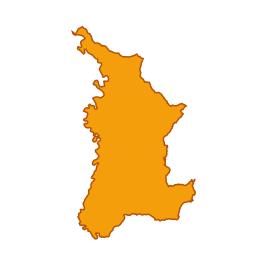 Paicol, Huila, Colombia (Albers equal-area conic projection), rotated 263°
{"feature_id": "7082276B2042357516453", "entity_name": "Paicol", "entity_type": "district", "adm_level": 2, "iso_a3": "COL", "parent_name": "Colombia", "parent_adm1": "Huila", "projection": "albers", "projection_center": [-75.733, 2.405], "detail": "fine", "context": "isolated", "style": "filled", "palette": "amber", "viewbox_px": 256, "rotation_deg": 263, "n_neighbors": 0, "source": "geoboundaries", "source_scale": "gbopen_adm2", "svg_char_len": 5741}
<svg xmlns="http://www.w3.org/2000/svg" viewBox="0 0 256 256"><g transform="rotate(263 128 128)"><path d="M156.6,165.5L157.6,165.1L159.6,162.8L159.6,160.5L159.9,159.3L161.2,158.5L162.3,158.2L162.7,157.2L163.9,156.6L166.9,155.5L168.4,155.4L170.7,154.7L171.8,150.1L174.8,148.9L175.4,148.0L177.5,146.5L178.0,146.3L181.6,147.5L183.0,146.9L185.1,147.0L189.5,148.9L191.0,149.1L192.4,150.2L195.1,151.5L195.8,149.5L197.5,148.5L197.8,147.0L200.2,145.8L200.2,144.9L199.4,143.7L198.3,138.6L199.3,131.7L201.0,129.2L203.5,127.8L203.3,127.4L203.8,124.7L205.5,121.5L206.1,121.1L206.6,119.1L211.3,116.1L212.3,115.0L212.9,112.8L212.4,112.3L215.0,110.2L215.9,108.8L216.4,105.4L219.6,103.1L220.8,103.2L223.8,102.6L226.3,101.4L226.7,100.3L227.6,99.4L230.5,98.9L231.8,97.6L232.2,96.5L233.0,95.6L234.1,95.2L232.4,90.7L230.0,89.3L228.2,87.7L228.0,87.1L228.2,86.5L230.2,84.6L228.3,84.9L227.1,86.0L226.7,86.8L226.7,90.0L225.1,94.1L222.9,96.0L222.3,96.1L221.4,95.6L220.6,93.4L219.3,91.6L216.1,91.5L215.1,91.9L214.2,91.8L213.8,91.2L213.6,90.0L214.7,88.8L214.7,88.2L213.7,87.7L212.4,87.8L210.3,90.4L207.0,92.8L207.0,93.2L207.8,94.3L210.8,94.2L211.4,94.5L211.3,95.5L210.9,95.9L207.5,97.7L204.6,101.7L200.9,104.2L200.0,106.3L197.2,105.9L196.6,106.4L196.1,107.6L195.7,109.4L195.2,109.6L193.9,109.5L190.8,107.2L189.7,106.7L183.2,109.2L182.0,109.0L181.7,109.1L181.4,110.3L182.5,112.2L182.6,113.2L181.8,114.1L179.3,114.8L177.3,114.1L177.0,113.5L177.0,111.9L177.5,110.0L177.3,109.7L172.5,109.9L172.1,107.2L172.2,105.5L172.6,105.0L175.0,104.2L177.8,103.9L179.1,103.1L179.0,101.4L178.1,100.2L176.3,99.4L176.2,99.0L175.4,99.1L174.3,101.3L171.8,102.3L167.8,107.0L165.6,108.2L164.0,108.3L163.2,108.0L162.4,107.2L161.2,104.5L162.5,101.7L162.6,99.0L162.3,97.7L161.7,96.7L156.6,99.0L153.5,99.1L151.7,99.8L151.0,99.7L150.6,98.2L151.2,97.2L153.7,97.2L154.6,96.1L154.5,94.5L156.2,93.0L155.9,92.3L155.1,91.5L153.4,92.2L152.6,91.9L152.5,91.3L153.1,89.7L153.0,88.6L152.2,87.4L150.1,86.0L148.3,89.4L147.2,89.8L143.6,88.5L142.9,87.4L142.3,85.6L141.6,85.0L140.6,85.5L139.7,88.4L139.0,88.8L138.2,88.7L137.3,87.8L137.8,86.6L137.6,85.2L136.7,84.8L135.7,85.1L133.7,86.3L133.0,88.0L133.0,90.2L132.2,91.1L130.8,91.0L129.7,90.3L128.8,91.0L127.8,93.3L126.9,93.4L125.7,92.9L124.7,93.1L124.6,93.9L126.5,95.5L126.6,95.9L123.9,98.2L123.4,98.0L123.1,96.9L123.7,95.1L123.6,93.9L120.3,91.4L119.4,91.5L118.3,92.6L118.4,94.1L119.4,95.4L121.5,95.8L121.8,97.5L121.2,99.1L119.9,99.4L119.1,98.9L118.2,97.0L116.5,95.8L114.0,97.1L112.3,97.0L111.0,95.6L110.0,93.0L108.3,93.0L104.8,95.3L103.5,95.6L101.8,94.5L100.9,93.4L100.0,90.3L98.4,88.9L97.1,88.4L95.9,88.6L95.2,90.0L96.7,92.3L97.1,94.0L96.7,94.5L93.8,92.3L93.0,92.2L90.1,91.1L88.9,89.4L86.5,88.6L84.5,86.5L83.2,85.7L82.5,86.0L81.7,88.5L80.8,88.6L78.3,85.6L76.7,84.4L74.0,84.2L72.8,83.6L71.1,81.4L67.9,81.2L66.8,80.5L62.0,76.4L60.4,75.7L58.7,74.4L57.7,74.3L54.7,75.0L52.6,74.8L52.3,74.3L53.0,71.4L52.8,70.9L50.0,70.9L49.2,68.8L46.4,68.2L45.9,67.5L44.2,68.1L44.1,68.5L42.7,68.6L41.4,69.3L40.1,69.2L39.8,68.2L39.4,68.0L37.4,68.6L37.1,69.0L37.2,70.9L36.9,72.5L36.1,74.1L35.3,74.3L34.9,73.9L35.1,71.7L34.9,71.2L34.2,70.8L33.4,71.0L32.4,72.3L33.1,74.3L32.8,75.7L31.8,76.0L30.6,75.7L29.7,77.8L24.7,79.6L22.1,81.7L21.9,83.2L22.3,83.9L23.0,84.4L24.4,84.5L27.0,82.9L27.4,83.2L27.5,83.9L26.9,86.3L26.2,86.6L24.8,86.4L23.6,87.0L23.6,87.8L22.9,88.2L23.1,88.9L22.3,91.2L23.0,93.2L22.5,94.3L22.4,95.2L23.0,96.1L24.7,96.7L26.6,98.0L27.6,99.1L28.2,100.3L30.1,101.0L31.5,102.2L32.1,104.5L32.1,106.7L33.4,108.8L34.9,110.1L35.2,110.1L36.2,111.6L38.2,113.2L39.5,113.8L42.3,113.3L42.5,115.7L41.5,116.8L41.2,118.2L41.2,119.7L42.0,120.7L42.4,122.7L41.6,124.4L41.8,125.2L40.6,126.0L40.8,126.8L41.4,127.5L41.2,129.4L40.1,131.0L40.0,132.6L40.4,133.6L39.7,135.4L39.9,137.5L39.2,138.9L35.5,143.2L35.0,143.6L33.5,143.6L33.2,145.2L33.5,146.9L31.9,148.4L31.9,149.0L32.7,150.4L32.0,153.2L33.1,154.9L32.6,156.1L33.0,157.5L32.1,160.0L31.7,164.1L31.0,165.1L31.3,166.2L33.4,167.8L33.8,167.4L34.5,167.6L34.7,167.2L35.0,167.4L35.4,167.2L38.6,168.6L39.2,168.6L43.1,170.4L46.2,173.0L47.2,174.8L47.4,178.1L47.7,179.0L48.0,179.2L47.4,180.0L47.4,180.7L47.0,181.3L48.2,181.5L48.7,181.9L48.6,182.2L48.1,182.1L47.7,182.7L48.2,183.0L48.4,183.7L49.8,182.8L52.8,183.8L53.8,184.7L53.3,185.4L53.5,185.8L55.0,186.8L56.4,186.9L58.5,185.8L63.6,184.8L64.7,186.2L65.6,185.8L67.3,187.4L67.7,187.7L68.7,187.9L68.7,187.7L67.3,187.4L67.2,186.0L67.3,185.4L68.7,185.2L68.9,184.8L67.4,184.0L67.2,182.9L66.2,181.8L65.5,181.7L65.3,180.6L64.1,178.7L64.2,177.0L65.4,174.7L65.4,173.0L66.1,171.7L65.5,170.9L66.0,170.2L65.8,167.3L65.0,166.5L65.0,163.9L65.4,163.8L65.6,162.9L65.6,162.0L65.0,161.1L68.6,159.8L69.4,159.3L75.9,159.8L76.3,160.2L76.5,161.0L78.2,162.5L78.7,163.4L81.2,164.5L82.8,164.2L84.1,162.9L84.4,162.1L87.0,159.7L87.3,160.5L88.0,160.7L88.6,160.5L91.1,161.1L91.8,160.9L92.1,161.4L92.4,161.4L91.6,160.2L92.2,159.9L93.3,160.2L94.2,159.8L94.4,160.1L93.9,160.6L95.1,162.3L95.9,162.9L96.8,162.8L97.4,163.5L99.5,163.4L100.3,164.0L101.8,163.8L103.6,164.1L104.2,164.9L105.7,164.8L105.4,164.0L106.4,163.3L106.6,162.1L109.5,162.2L112.1,161.6L114.0,162.2L115.1,162.9L116.0,165.6L117.9,167.2L118.5,168.5L119.5,169.5L121.4,170.5L122.4,171.7L123.2,172.2L123.9,172.0L124.5,172.7L125.6,172.8L126.6,173.5L126.8,174.4L127.8,175.1L127.4,176.0L127.4,176.5L128.1,176.8L131.3,179.8L132.9,182.5L133.3,182.4L135.4,184.5L136.3,183.4L137.7,182.6L138.8,182.3L139.7,183.4L139.5,184.6L142.2,187.0L142.7,188.5L144.3,186.9L144.6,185.8L145.7,184.8L145.3,182.0L144.6,181.0L144.5,179.7L144.1,178.7L144.6,176.3L145.3,174.8L144.5,173.8L144.9,172.5L146.0,171.3L147.2,170.9L147.9,169.9L148.8,170.2L149.9,169.8L151.0,168.6L152.3,168.0L152.8,167.4L153.6,167.5L154.4,166.7L156.1,166.1L156.6,165.5Z" fill="#f59e0b" stroke="#b45309" stroke-width="1.5"/></g></svg>